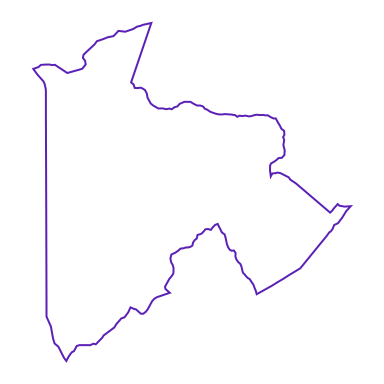 Inajá, Pernambuco, Brazil (Natural Earth projection)
{"feature_id": "56859067B51335287871897", "entity_name": "Inajá", "entity_type": "district", "adm_level": 2, "iso_a3": "BRA", "parent_name": "Brazil", "parent_adm1": "Pernambuco", "projection": "natural_earth1", "projection_center": [-37.801, -8.807], "detail": "fine", "context": "isolated", "style": "outline", "palette": "violet", "viewbox_px": 384, "rotation_deg": 0, "n_neighbors": 0, "source": "geoboundaries", "source_scale": "gbopen_adm2", "svg_char_len": 2822}
<svg xmlns="http://www.w3.org/2000/svg" viewBox="0 0 384 384"><path d="M33.3,68.9L36.0,72.6L37.6,74.8L43.5,81.4L44.6,83.9L45.6,88.3L45.9,91.0L45.9,114.4L46.2,198.0L46.4,266.4L46.5,302.4L46.5,316.6L50.9,326.5L53.0,338.3L54.6,343.5L58.3,346.6L64.0,357.8L66.3,361.0L68.6,356.7L70.4,354.0L72.0,352.1L73.9,351.2L75.4,348.5L76.7,346.0L79.5,345.1L85.9,345.1L90.1,345.2L93.4,343.7L95.8,344.3L102.3,337.6L103.6,335.5L105.7,333.9L114.4,327.4L116.3,324.2L121.3,318.4L124.5,317.3L128.2,312.4L130.5,307.4L134.0,308.9L136.0,309.4L140.9,313.7L143.1,313.8L145.9,311.7L147.5,309.6L152.2,301.1L154.2,298.8L156.9,297.2L169.8,292.8L165.5,289.0L165.0,286.7L167.3,282.6L169.2,279.1L171.3,276.6L173.3,273.7L173.5,271.3L173.5,267.6L172.7,264.9L171.3,262.6L170.4,258.6L171.4,254.5L175.3,252.7L178.1,250.8L180.5,248.6L183.3,248.3L185.7,247.5L188.6,247.4L190.5,246.8L192.4,245.6L193.1,242.4L194.8,240.0L196.7,238.6L197.5,235.0L200.1,234.2L201.9,233.4L203.6,231.5L205.4,229.3L208.0,229.0L210.8,229.9L212.5,227.6L215.0,225.0L217.7,223.9L218.8,226.3L220.1,228.7L221.9,232.5L224.5,234.3L225.5,237.4L226.2,240.7L226.9,244.1L228.2,247.4L229.7,249.7L231.5,250.7L233.9,250.5L235.6,253.0L235.4,256.5L236.4,259.4L238.0,261.8L240.4,264.0L241.5,266.7L242.1,269.6L242.9,272.6L244.7,274.5L246.1,276.3L247.8,278.0L249.7,279.1L251.4,281.8L253.4,284.6L254.6,288.0L255.8,290.8L256.7,294.2L271.8,285.8L277.7,282.1L283.3,278.8L288.9,275.2L300.3,268.3L327.2,235.3L329.1,232.5L330.9,231.3L332.5,229.1L334.2,225.0L338.0,223.2L342.5,217.2L346.2,211.2L350.7,206.2L344.4,206.6L339.4,205.7L337.7,204.1L333.6,208.7L332.3,210.6L330.1,212.6L325.2,208.4L295.9,183.4L290.5,179.8L288.6,177.3L280.4,173.1L277.7,172.6L275.2,173.2L272.3,173.5L270.8,176.3L270.0,170.5L270.1,165.5L271.1,163.4L273.6,162.0L275.6,160.7L278.6,158.1L281.9,157.8L284.4,155.0L284.7,150.3L283.4,145.2L284.2,139.8L283.1,137.2L284.4,134.8L284.1,130.8L281.4,128.8L279.8,125.5L278.5,123.4L275.7,118.4L273.7,118.5L270.8,117.2L267.8,115.3L264.9,115.3L262.8,114.9L260.1,115.1L256.6,114.7L254.2,115.2L251.2,116.1L249.1,116.4L245.1,115.6L242.5,116.1L239.3,115.7L237.3,116.8L235.1,115.1L230.8,114.5L224.8,114.1L221.4,114.5L218.1,114.3L215.1,113.5L210.3,111.8L206.9,109.5L205.0,108.9L203.1,106.5L200.2,105.5L197.1,105.5L194.2,104.1L190.5,101.9L184.4,101.8L179.6,103.9L177.4,106.4L174.5,107.2L171.8,109.2L169.2,108.6L166.2,109.2L162.7,108.4L158.4,108.5L153.3,105.6L150.7,103.5L147.5,97.6L146.8,93.4L144.9,90.0L142.6,88.5L140.7,87.7L137.1,88.1L134.7,87.9L133.6,84.5L131.1,82.4L144.5,43.0L151.3,23.0L142.7,24.9L140.4,25.9L137.1,26.6L133.2,29.0L125.3,31.7L118.4,30.9L115.3,34.3L113.5,36.1L107.6,37.3L103.5,39.0L96.9,41.2L94.7,44.2L83.6,54.6L82.9,57.9L85.1,60.8L85.7,64.4L82.2,68.8L78.4,69.9L67.3,73.0L54.9,64.8L52.4,65.1L49.1,64.5L45.1,64.6L40.9,64.9L38.4,67.1L33.3,68.9Z" fill="none" stroke="#5b21b6" stroke-width="2"/></svg>